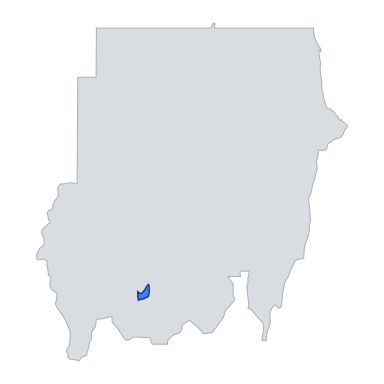 Babanusa, South Kordufan, Sudan (highlighted)
{"feature_id": "16777658B12271079488091", "entity_name": "Babanusa", "entity_type": "district", "adm_level": 2, "iso_a3": "SDN", "parent_name": "Sudan", "parent_adm1": "South Kordufan", "projection": "equal_earth", "projection_center": [27.395, 11.378], "detail": "fine", "context": "in_parent", "style": "filled", "palette": "blue", "viewbox_px": 384, "rotation_deg": 0, "n_neighbors": 0, "source": "geoboundaries", "source_scale": "gbopen_adm2", "svg_char_len": 4539}
<svg xmlns="http://www.w3.org/2000/svg" viewBox="0 0 384 384"><path d="M266.1,340.8L262.6,340.8L262.2,339.7L262.2,336.6L262.6,334.3L263.8,330.7L263.5,328.7L263.7,325.8L262.7,322.6L254.3,313.3L252.6,310.7L248.0,308.3L248.8,305.7L246.8,286.6L247.7,284.5L248.0,281.1L247.9,278.2L249.0,273.3L249.1,271.2L240.1,271.1L240.0,273.2L240.5,275.6L240.5,276.5L228.0,276.6L233.1,284.0L233.3,287.3L233.0,291.4L233.1,294.0L233.4,295.7L234.8,299.1L234.7,299.7L234.4,300.5L225.6,310.5L224.2,315.1L223.0,317.5L220.4,321.6L212.4,332.3L211.1,333.0L204.9,333.4L204.3,333.6L203.9,334.1L203.6,334.0L198.3,327.7L189.4,320.2L183.6,324.1L182.0,325.5L182.0,329.2L181.1,331.0L179.5,333.0L175.2,334.3L172.9,335.4L170.3,337.5L167.6,340.9L167.4,342.7L167.7,344.2L152.8,344.2L151.8,342.9L149.6,337.3L148.1,337.6L134.5,337.0L132.5,337.5L128.6,339.9L126.6,340.2L124.6,339.2L117.5,328.1L115.9,326.7L114.3,324.1L112.8,322.9L112.3,322.1L112.1,320.9L112.1,318.4L111.6,316.9L110.5,316.6L100.9,319.1L99.5,318.9L97.5,319.3L96.8,319.8L96.0,321.2L95.8,324.3L95.6,325.8L94.8,327.5L92.1,331.2L91.5,332.9L91.6,337.0L91.4,339.1L91.0,340.1L89.8,341.7L89.3,342.6L88.8,348.0L87.3,351.2L87.0,352.3L86.9,354.6L86.6,355.4L82.3,357.2L80.6,358.4L79.6,360.2L79.4,361.0L77.5,360.3L75.1,359.8L70.6,359.3L68.8,358.4L67.9,357.2L68.2,353.9L67.8,353.2L67.0,352.7L66.5,351.3L66.7,349.6L69.1,345.9L69.6,343.9L70.2,334.5L70.1,331.7L68.2,326.4L63.9,317.4L62.8,315.6L57.4,308.2L56.8,307.1L55.4,304.0L56.9,297.1L57.0,295.2L56.7,293.2L55.3,291.8L54.1,291.6L52.5,289.8L51.4,288.9L50.5,287.3L49.9,285.0L50.4,277.0L50.1,275.9L48.7,275.6L48.4,275.0L48.4,273.5L47.7,268.9L46.9,265.1L47.3,263.0L46.2,260.1L44.0,258.9L39.6,259.8L38.3,259.7L37.3,259.1L36.7,258.1L36.4,256.8L36.7,255.0L38.0,251.5L39.5,248.7L42.7,246.2L43.5,244.8L44.0,243.3L44.1,241.5L43.9,239.7L43.6,238.0L42.7,235.8L41.8,233.2L41.8,231.5L42.2,230.2L43.1,228.7L46.2,225.7L49.4,223.3L50.0,222.4L49.8,221.4L48.3,219.3L47.9,215.4L47.1,212.6L48.7,210.6L49.9,209.8L51.8,209.2L52.5,208.3L52.8,206.7L52.7,205.1L53.4,203.9L54.3,201.4L55.0,200.3L57.5,197.3L58.0,195.4L58.2,193.6L57.6,188.1L59.0,185.7L60.8,183.8L63.4,184.0L67.3,183.5L70.1,182.7L72.0,182.8L76.4,183.8L76.9,183.4L77.1,181.9L77.8,77.2L95.9,77.3L96.1,77.1L96.4,28.1L210.1,28.1L211.0,27.9L212.8,23.4L213.5,23.0L214.7,23.3L215.1,24.4L214.2,28.1L313.5,28.1L313.8,33.7L314.7,38.1L317.7,44.5L320.1,48.0L321.0,49.9L321.1,50.7L321.1,51.6L320.3,50.6L319.1,50.0L319.0,53.0L319.7,59.1L320.8,63.4L320.1,67.4L320.4,74.2L321.8,82.3L321.7,87.5L324.0,99.6L326.2,106.3L327.3,108.0L328.6,108.8L331.0,109.4L334.6,112.8L337.5,116.5L338.6,118.4L340.0,120.4L340.9,120.1L341.4,119.5L342.4,121.2L346.9,124.8L347.6,126.5L346.1,128.1L344.3,131.0L343.4,133.6L343.0,134.5L341.5,136.1L341.3,136.9L340.6,137.5L339.9,137.5L338.4,138.4L337.1,138.1L335.7,138.6L335.2,139.2L334.1,139.8L332.6,140.1L330.3,142.3L328.3,143.4L327.7,144.3L326.7,148.8L325.9,149.9L322.9,150.1L321.5,150.4L319.5,150.0L318.5,150.0L318.3,151.0L318.0,154.8L318.0,156.4L316.4,160.8L317.1,169.0L315.5,175.1L315.3,176.6L313.8,181.4L312.9,183.2L311.0,192.3L310.2,195.1L308.5,198.1L310.6,220.0L309.2,226.7L309.3,230.4L308.3,235.8L307.5,238.3L306.2,241.4L305.1,244.7L304.2,249.2L303.7,257.7L303.3,258.4L298.0,259.5L296.3,260.1L295.2,261.0L293.8,263.2L291.2,269.2L289.8,272.8L287.6,277.8L285.0,281.3L284.4,283.1L284.0,286.3L283.1,291.3L282.3,295.0L282.4,297.9L281.7,302.9L281.8,305.3L280.9,306.7L279.7,308.0L278.8,308.3L275.1,305.0L272.4,307.3L270.8,310.6L269.6,313.8L270.4,320.8L270.3,322.4L270.0,324.0L267.5,330.9L266.8,334.0L266.1,339.5L266.1,340.8Z" fill="#d9dde1" stroke="#a8b0b8" stroke-width="1"/><path d="M148.7,295.2L149.1,293.6L149.3,291.7L149.1,288.9L149.0,286.8L149.1,285.6L148.9,285.2L148.5,284.5L147.6,285.2L146.8,286.4L146.3,287.1L146.2,287.2L146.1,287.4L145.7,288.3L145.3,288.8L145.2,289.4L145.0,289.8L144.0,290.7L143.7,290.9L143.4,291.6L142.6,292.6L142.3,293.0L141.8,293.2L141.2,293.3L140.4,293.4L139.8,293.4L139.1,293.2L138.8,292.6L138.7,292.3L137.7,291.6L137.7,291.8L137.7,292.0L137.7,292.3L137.8,292.5L137.8,292.9L137.8,293.0L137.8,293.7L137.8,293.8L137.8,294.3L137.9,294.5L137.9,295.1L137.9,295.5L137.8,295.9L137.8,296.1L137.8,296.3L137.8,296.6L137.8,296.9L137.8,297.0L137.9,297.3L137.9,297.5L138.0,297.8L138.0,298.0L138.1,298.4L138.1,298.5L138.2,298.8L138.3,299.0L138.4,299.4L138.4,299.5L138.5,299.8L138.5,300.1L138.5,300.3L139.6,299.7L139.9,299.6L141.9,299.2L144.7,298.5L145.7,297.6L146.6,297.2L147.5,297.2L148.1,296.6L148.3,296.1L148.4,295.9L148.6,295.8L148.6,295.6L148.7,295.2Z" fill="#3b82f6" stroke="#1e3a8a" stroke-width="1.5"/></svg>